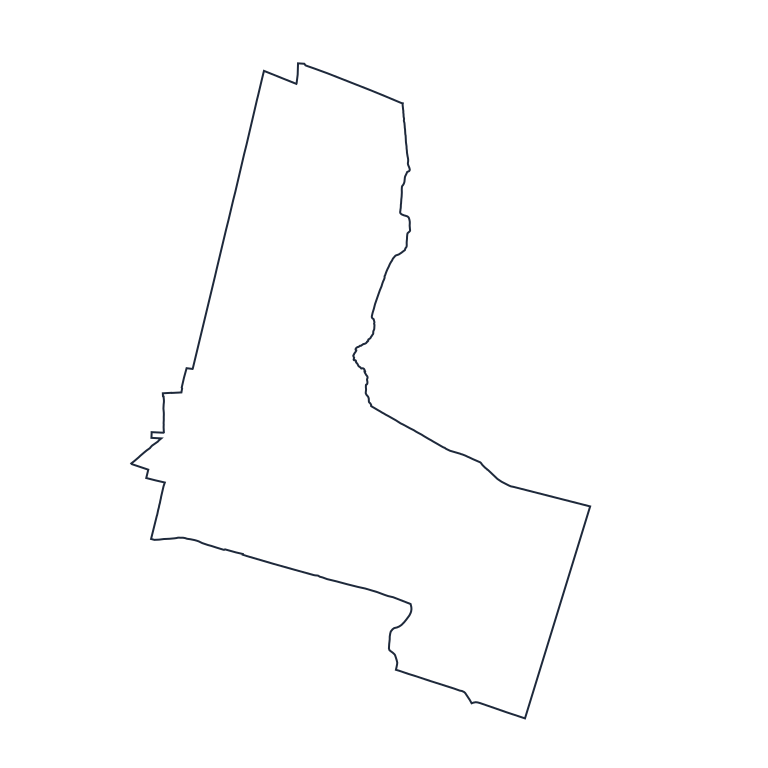 Gradinari, Olt, Romania (Albers equal-area conic projection), rotated 13°
{"feature_id": "2599482B30004072712987", "entity_name": "Gradinari", "entity_type": "district", "adm_level": 2, "iso_a3": "ROU", "parent_name": "Romania", "parent_adm1": "Olt", "projection": "albers", "projection_center": [24.282, 44.569], "detail": "fine", "context": "isolated", "style": "outline", "palette": "slate", "viewbox_px": 768, "rotation_deg": 13, "n_neighbors": 0, "source": "geoboundaries", "source_scale": "gbopen_adm2", "svg_char_len": 6123}
<svg xmlns="http://www.w3.org/2000/svg" viewBox="0 0 768 768"><g transform="rotate(13 384 384)"><path d="M596.6,678.1L612.4,456.9L533.2,455.1L530.7,455.2L528.5,454.8L520.6,452.8L515.9,451.0L504.7,444.4L503.9,444.2L503.3,443.7L501.7,443.0L500.2,442.1L498.0,440.7L496.3,439.2L495.5,438.7L487.4,437.2L483.4,436.3L482.1,436.1L479.5,435.5L476.1,435.0L475.0,435.0L474.0,434.8L463.4,434.2L459.8,433.4L458.4,433.0L457.5,432.5L456.9,432.5L455.8,432.3L453.1,431.5L449.6,430.4L444.9,429.0L442.5,428.2L440.3,427.6L436.8,426.5L434.6,425.8L432.1,424.9L428.0,423.8L425.9,423.2L423.4,422.3L419.2,421.3L411.7,419.2L409.0,418.6L403.4,416.6L401.0,415.9L395.3,414.2L392.6,413.5L390.2,412.7L388.9,412.4L386.3,411.5L384.2,410.9L378.9,409.2L378.1,409.0L376.4,408.4L376.3,408.2L376.3,407.8L376.3,407.5L375.8,406.8L374.9,405.9L373.8,405.3L373.3,404.7L372.9,403.4L372.5,401.8L371.9,400.7L371.3,399.9L369.4,398.5L368.4,397.3L368.2,396.8L368.1,396.1L367.9,394.4L367.7,393.1L367.1,391.4L366.7,389.5L366.7,389.1L366.7,388.7L366.9,388.5L367.2,388.4L367.4,388.1L367.6,387.6L367.6,386.7L367.3,385.5L366.5,383.7L366.4,383.1L366.6,381.8L366.5,381.3L366.3,380.8L366.0,380.3L364.3,378.9L363.5,377.9L363.0,377.5L362.5,376.8L362.4,376.6L362.8,376.6L362.9,376.2L361.9,374.7L361.1,373.8L360.3,373.5L359.6,373.5L358.4,374.0L357.2,373.1L355.6,372.5L355.1,372.2L353.7,370.5L353.2,370.0L352.3,369.5L351.9,369.1L351.7,368.5L351.7,368.2L351.3,367.6L351.0,367.4L350.5,367.3L350.0,367.3L349.7,367.6L349.2,367.4L349.0,367.2L348.9,366.9L349.0,365.2L348.9,364.9L348.4,364.5L347.8,363.6L347.7,363.3L347.7,363.0L347.8,362.6L348.1,362.2L348.1,361.4L348.2,361.0L348.9,359.5L349.5,357.7L349.4,357.3L349.2,357.2L348.8,357.2L348.6,356.9L348.5,356.7L348.5,356.1L348.7,355.5L349.2,354.7L350.0,353.9L350.6,353.7L351.1,353.3L351.7,352.5L352.1,352.1L352.5,352.1L353.1,351.8L353.6,351.1L354.2,350.6L354.7,349.9L355.1,349.6L355.5,349.5L356.1,349.2L357.0,348.5L357.5,347.9L358.0,346.9L358.0,346.6L358.4,346.4L358.5,346.2L358.5,345.9L358.9,345.5L358.9,345.2L358.7,344.5L358.8,344.1L360.1,342.8L360.4,342.4L360.6,341.7L360.9,340.6L361.3,339.9L361.5,339.1L362.1,337.8L362.1,336.7L361.8,335.9L361.8,335.4L361.8,334.5L362.1,333.2L362.1,332.5L361.5,329.0L361.3,328.3L360.8,327.6L360.8,327.3L360.8,326.1L360.6,325.6L359.4,323.3L359.1,323.0L358.1,322.7L357.5,322.2L357.1,321.6L356.9,320.7L356.9,317.1L357.2,313.0L357.3,308.2L358.4,297.9L358.9,293.5L359.6,289.5L359.8,286.4L360.1,284.0L360.5,282.3L360.7,280.4L360.3,278.8L360.6,278.1L360.9,275.2L361.2,273.2L361.6,271.1L362.2,268.7L362.7,265.9L363.3,263.8L364.0,262.0L364.5,259.8L365.8,257.3L366.3,256.4L366.9,255.9L369.2,254.5L371.5,252.1L373.2,250.0L374.2,248.9L374.3,247.4L374.4,246.8L374.9,245.9L375.1,244.9L374.9,243.5L374.5,242.0L374.2,240.7L373.7,237.1L373.4,235.7L373.1,233.4L373.0,232.6L373.1,231.7L373.5,231.1L374.2,230.2L374.6,229.6L374.9,228.8L374.8,228.2L374.3,226.8L373.4,224.0L372.9,221.2L372.5,219.8L371.7,218.0L370.8,216.5L370.4,216.1L369.5,215.6L368.9,215.4L366.7,215.2L365.7,215.2L363.3,214.8L362.3,214.4L361.9,214.1L361.4,213.7L361.1,213.0L361.0,212.4L360.9,210.8L360.8,210.5L360.7,208.7L360.6,208.2L360.5,207.5L360.1,205.5L360.0,204.2L359.3,200.0L359.2,198.9L359.0,197.3L358.3,193.4L357.5,190.3L357.2,188.4L357.1,187.9L357.2,187.3L357.3,186.7L357.8,185.9L357.9,185.5L358.2,184.6L358.4,183.2L358.4,182.1L358.2,180.7L358.1,179.7L357.9,178.3L357.9,177.0L358.6,173.9L358.8,172.8L358.9,172.2L360.5,171.0L360.9,170.2L360.9,169.4L360.8,169.1L360.1,167.7L359.2,166.4L358.5,165.5L357.8,164.2L357.6,163.5L357.4,161.4L357.0,159.7L356.3,158.0L355.9,157.2L354.3,153.3L353.9,151.8L353.0,149.3L352.5,147.4L351.0,143.5L349.2,137.1L348.7,136.1L348.3,134.9L347.3,131.4L346.5,129.3L346.3,128.5L345.2,125.1L344.2,123.2L344.1,122.8L344.0,121.8L343.8,120.8L343.1,119.4L342.8,118.5L342.4,116.9L341.6,114.7L341.5,113.8L341.0,112.6L340.0,109.7L339.7,108.9L339.2,107.3L339.2,106.3L337.7,106.3L335.8,106.0L320.2,103.3L304.2,100.7L259.1,94.0L245.4,92.3L238.1,91.5L235.9,91.2L234.3,89.9L228.1,90.9L230.3,102.0L231.2,110.9L231.1,111.3L196.6,105.9L196.5,113.4L196.4,131.2L196.3,135.7L196.3,146.0L196.3,146.5L196.2,181.6L196.0,191.3L195.9,229.8L195.7,238.9L195.6,259.0L195.4,269.1L195.1,309.9L195.1,316.8L194.2,412.2L194.1,412.4L188.1,413.0L187.7,422.7L187.7,433.0L188.3,433.7L188.4,436.0L188.5,437.8L179.0,440.5L178.9,440.4L178.5,440.5L170.6,442.8L171.4,445.7L171.5,445.8L172.1,445.8L172.2,446.3L173.2,449.3L173.6,451.0L173.9,453.5L174.6,457.5L175.9,461.5L176.4,463.5L176.8,465.6L177.5,468.5L178.1,471.9L178.4,472.7L179.0,475.8L180.4,480.7L180.0,481.1L168.4,483.2L168.8,484.9L169.5,488.8L179.2,487.1L177.2,489.8L176.8,490.7L176.4,491.2L175.6,492.1L171.9,496.2L171.3,497.2L170.6,498.5L170.3,499.2L167.7,502.1L165.7,504.7L162.6,508.9L161.5,510.6L158.1,515.2L155.6,518.3L156.3,518.8L173.6,520.5L173.5,529.1L183.2,529.3L192.6,529.3L192.2,533.2L192.2,538.8L192.2,544.2L192.3,545.7L192.3,548.0L192.4,550.2L192.3,552.8L192.4,554.8L192.3,557.5L192.4,561.3L192.4,563.0L192.3,563.6L191.9,587.4L195.4,587.5L200.0,586.2L204.3,584.6L209.7,583.1L214.6,581.5L216.4,580.8L218.0,580.0L220.1,579.6L222.7,579.0L225.0,578.9L226.9,579.1L230.4,578.8L234.7,578.7L236.8,578.8L238.8,579.0L242.7,579.9L248.8,580.5L252.0,580.6L257.8,581.1L264.9,581.6L265.6,581.5L266.3,580.9L277.8,581.4L284.7,581.4L284.7,582.1L288.9,582.5L316.9,584.1L338.3,585.1L358.6,586.0L360.3,585.9L360.8,585.8L362.2,585.6L363.2,585.6L364.6,586.2L367.7,586.3L372.4,586.9L382.2,587.0L393.3,587.4L404.4,587.6L411.7,587.5L424.3,588.3L431.8,589.3L435.7,589.7L440.9,589.7L459.4,592.4L460.8,595.2L461.4,597.2L461.6,599.5L461.4,601.3L460.8,603.8L458.8,608.4L457.3,611.5L455.2,614.9L453.4,616.8L451.4,618.3L448.9,619.5L447.5,621.1L447.0,622.2L446.3,623.6L446.2,625.7L446.4,628.8L447.0,631.5L447.3,634.0L447.5,635.9L448.3,640.6L449.2,642.1L450.3,642.7L452.9,643.8L454.5,644.7L455.4,645.3L456.2,646.4L458.4,650.1L459.6,652.5L459.8,654.0L459.9,656.9L459.9,659.8L463.4,660.0L473.1,661.0L478.9,661.4L496.1,663.0L520.8,665.0L526.8,665.7L529.0,665.6L531.3,666.1L532.6,666.8L538.7,672.6L541.2,675.4L542.9,674.3L545.0,673.4L547.0,673.2L549.4,673.3L577.3,676.3L596.6,678.1Z" fill="none" stroke="#1e293b" stroke-width="2"/></g></svg>